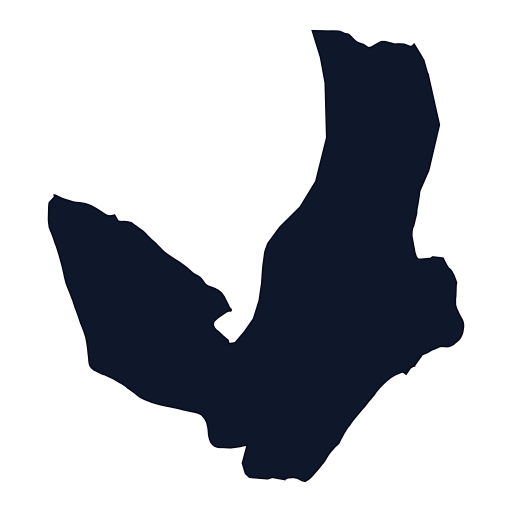 the district of Boguis, Dauphin, Saint Lucia
{"feature_id": "8701671B63256124601591", "entity_name": "Boguis", "entity_type": "district", "adm_level": 2, "iso_a3": "LCA", "parent_name": "Saint Lucia", "parent_adm1": "Dauphin", "projection": "natural_earth1", "projection_center": [-60.922, 14.016], "detail": "fine", "context": "isolated", "style": "filled", "palette": "ink", "viewbox_px": 512, "rotation_deg": 0, "n_neighbors": 0, "source": "geoboundaries", "source_scale": "gbopen_adm2", "svg_char_len": 5999}
<svg xmlns="http://www.w3.org/2000/svg" viewBox="0 0 512 512"><path d="M54.2,195.0L54.5,197.0L49.3,202.6L49.0,204.3L48.8,207.1L48.5,218.3L48.6,221.7L48.9,224.0L49.4,227.5L51.2,231.9L53.1,236.8L55.4,243.6L56.5,246.4L57.6,249.8L59.3,255.4L61.7,264.1L62.6,267.7L63.7,272.5L64.8,277.8L66.1,282.8L66.6,284.3L67.2,285.9L70.3,293.6L73.2,301.2L75.1,307.1L77.4,313.2L79.3,318.8L80.8,323.3L82.7,327.9L84.2,332.0L85.8,336.9L86.9,342.5L87.7,348.3L88.3,354.0L88.9,359.1L88.9,360.5L89.2,362.5L89.4,363.8L89.6,364.4L90.0,365.6L90.3,366.1L90.6,366.6L91.8,368.1L93.2,369.2L94.1,370.0L94.6,370.3L95.8,370.7L96.8,371.3L101.3,373.5L101.8,373.8L103.0,374.3L104.2,374.5L104.8,374.7L106.5,375.5L107.0,375.7L109.2,376.8L110.9,377.5L114.4,379.2L115.5,380.0L120.1,382.7L121.4,383.3L122.0,383.6L123.0,384.4L124.1,385.0L126.0,386.3L126.6,386.9L127.6,387.9L129.9,389.4L130.7,390.0L133.9,392.3L134.4,392.7L134.9,393.0L136.3,394.3L138.2,395.7L139.5,396.7L141.5,397.9L145.3,399.7L147.1,400.4L149.2,401.2L150.7,401.8L151.9,402.3L153.6,402.8L155.0,403.2L157.8,404.0L164.3,405.6L169.6,406.6L176.3,408.0L179.4,408.7L181.8,409.4L184.0,409.9L185.7,410.2L189.4,411.1L193.5,411.9L194.0,412.0L194.5,412.1L195.0,412.3L197.1,412.7L197.6,412.9L199.9,413.9L200.9,414.4L201.9,415.1L203.7,417.2L204.4,418.1L205.5,419.8L206.2,421.3L206.9,422.8L207.0,423.3L207.8,426.7L208.2,429.2L208.4,430.9L208.5,432.6L208.6,433.7L208.6,434.3L208.9,436.0L209.1,437.1L209.3,437.7L209.8,439.6L210.4,441.1L211.1,442.6L211.9,443.5L212.5,444.3L212.9,444.7L214.5,446.0L214.9,446.2L215.4,446.4L217.0,447.0L218.5,447.3L219.5,447.4L223.0,447.4L228.5,447.7L230.5,447.8L231.5,447.7L238.9,446.7L241.0,446.3L242.8,445.8L247.2,445.1L242.4,463.1L245.4,473.4L249.5,477.3L260.2,478.2L267.5,478.8L272.3,477.3L284.9,479.6L285.0,479.1L287.3,478.0L287.8,477.8L293.5,477.4L297.5,478.2L298.8,478.9L302.3,480.7L305.2,481.3L308.5,479.3L311.1,477.0L312.9,475.1L319.6,467.3L321.9,464.3L323.3,462.7L324.6,460.9L326.3,458.1L327.7,455.7L328.9,453.9L330.7,451.6L335.3,446.4L337.8,444.3L338.8,443.1L339.1,442.7L340.2,440.2L342.0,436.9L343.8,433.5L347.4,427.7L349.5,425.1L350.2,424.2L351.5,422.2L353.6,419.4L357.1,415.2L361.6,409.8L364.3,406.8L366.0,404.6L368.2,401.8L373.9,395.1L374.7,393.9L375.6,392.5L377.3,390.4L380.4,386.8L383.8,383.4L386.6,380.8L388.2,379.5L391.4,377.0L393.3,375.9L395.1,374.9L396.1,374.4L401.4,372.2L403.1,372.0L406.1,374.2L410.4,367.9L411.4,367.4L413.1,366.3L413.9,365.9L414.6,366.1L414.8,365.1L420.1,357.7L420.5,357.3L420.8,356.9L421.4,355.7L422.0,355.0L422.4,354.6L423.5,354.1L426.0,353.1L428.0,352.2L430.8,350.5L431.8,349.9L433.4,349.3L435.0,348.7L438.2,347.3L438.8,347.0L439.8,346.6L440.3,346.5L440.8,346.4L443.4,346.4L446.2,346.6L447.8,346.6L448.4,346.5L449.5,346.2L450.6,345.8L452.6,344.9L453.1,344.7L455.7,342.4L457.0,341.4L457.9,340.6L459.1,339.4L459.9,338.5L460.2,338.0L460.8,336.9L461.6,335.2L461.9,334.6L462.3,333.4L462.8,331.7L463.0,330.5L463.5,326.7L463.5,325.4L463.3,323.1L462.9,321.6L462.3,320.1L461.1,317.8L459.9,315.7L458.9,313.8L457.9,311.5L456.5,308.6L456.3,307.8L455.6,305.6L455.4,304.5L455.4,303.9L455.4,303.2L455.4,298.4L455.7,296.5L456.1,285.4L456.5,282.7L456.5,282.4L453.7,274.9L452.9,273.6L452.1,272.0L451.1,270.5L450.3,269.5L449.3,268.8L448.5,268.1L448.1,267.6L447.8,267.1L446.4,264.8L443.0,258.1L432.8,256.9L431.9,257.4L430.8,258.4L419.2,259.4L418.1,258.9L416.9,257.9L416.7,257.5L416.1,256.5L415.5,254.5L414.4,251.0L414.7,251.8L411.8,235.9L411.9,232.5L412.0,231.2L412.2,230.0L412.3,229.5L412.6,228.2L412.7,227.6L412.9,227.1L413.1,226.5L413.5,226.1L416.6,213.3L416.7,210.7L416.8,209.2L416.9,208.8L418.0,203.1L419.2,195.2L419.5,192.1L419.7,191.5L419.8,190.9L420.0,190.3L428.5,170.8L429.2,168.3L429.9,165.5L430.5,162.7L439.4,124.8L427.8,73.1L427.8,74.4L424.0,61.1L423.9,60.5L422.6,58.3L421.6,56.4L414.1,44.1L413.5,44.8L412.3,46.0L411.9,46.3L411.5,46.4L411.1,46.5L410.5,46.5L409.6,46.3L407.3,45.4L406.6,45.2L404.8,44.5L403.7,44.2L403.1,44.1L400.3,44.0L398.6,43.9L397.0,44.0L396.3,44.1L394.7,44.1L394.1,44.0L391.7,43.3L389.1,42.7L387.4,42.2L385.2,41.7L384.1,41.6L382.6,41.6L381.7,41.7L380.8,41.9L379.4,42.6L374.3,45.4L372.2,46.7L371.3,47.1L369.6,47.6L369.1,47.7L368.6,47.7L367.9,47.5L366.0,46.2L364.4,45.1L363.4,44.5L362.9,44.3L360.7,43.6L358.7,42.9L357.6,42.4L356.2,41.6L355.4,41.0L354.5,40.2L351.8,37.4L350.1,35.7L349.2,34.8L348.7,34.5L348.3,34.3L347.8,34.1L345.1,33.7L344.1,33.3L341.2,32.0L340.1,31.5L338.9,31.3L338.5,31.3L337.9,31.2L335.2,31.1L331.7,31.0L329.2,31.1L312.3,30.7L320.5,57.2L325.2,82.8L326.7,137.6L315.8,181.4L300.2,207.0L279.9,227.1L267.8,243.6L264.9,251.8L262.9,266.6L261.7,283.4L259.2,300.6L253.5,318.8L244.5,331.7L235.1,342.8L229.1,343.7L228.6,342.5L228.0,340.2L226.2,338.8L224.5,337.2L223.5,336.5L220.2,333.3L218.5,331.7L217.6,331.0L216.7,330.4L215.8,329.6L214.3,327.7L213.8,326.6L213.4,325.5L213.3,324.2L213.4,323.0L213.8,321.8L214.5,320.8L216.2,319.2L217.0,318.4L219.8,316.4L224.6,313.1L226.5,311.8L227.5,311.3L229.6,310.9L230.7,311.0L231.3,310.0L231.1,309.4L229.4,307.5L227.9,304.2L225.9,300.4L224.2,296.9L221.9,293.6L221.5,293.1L221.1,292.7L220.2,291.9L218.3,290.5L217.8,290.1L217.3,289.9L216.8,289.7L215.8,289.1L215.2,288.7L213.6,288.1L212.6,287.7L212.1,287.5L210.5,287.0L208.2,286.1L207.2,285.6L206.3,285.0L205.4,284.3L205.0,283.8L204.3,282.9L202.5,280.3L201.8,279.4L200.7,278.1L199.8,277.3L198.4,276.3L194.5,274.2L193.1,273.3L191.2,271.7L188.3,269.0L186.0,267.1L183.2,265.0L178.4,261.6L175.7,260.0L169.9,256.2L166.4,253.7L164.4,252.2L161.7,249.7L160.1,247.9L157.5,245.4L155.8,243.5L155.4,243.1L151.9,240.1L150.6,238.9L146.8,235.1L145.6,233.7L143.5,231.7L142.6,230.9L142.2,230.6L140.1,229.2L139.2,228.6L136.5,226.5L134.5,225.2L133.5,224.5L131.3,222.7L127.2,221.8L123.6,221.5L121.8,221.7L118.6,221.3L118.2,221.3L114.5,215.0L113.4,215.4L109.7,216.0L107.7,215.6L106.7,215.3L105.2,214.5L101.2,211.8L97.3,209.3L94.5,207.7L92.1,206.3L88.3,204.7L85.5,203.8L83.6,203.4L80.0,202.8L75.3,202.4L72.6,201.8L69.1,200.7L65.8,199.7L62.7,198.7L57.5,196.3L55.7,195.3L54.2,195.0Z" fill="#0f172a" stroke="#020617" stroke-width="1.5"/></svg>